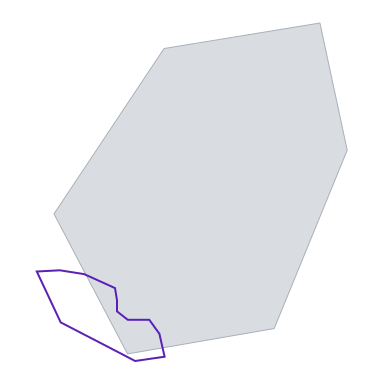 San Marino, with Chiesanuova highlighted
{"feature_id": "SMR-4891", "entity_name": "Chiesanuova", "entity_type": "state/province", "adm_level": 1, "iso_a3": "SMR", "parent_name": "San Marino", "parent_adm1": "", "projection": "orthographic", "projection_center": [12.421, 43.905], "detail": "fine", "context": "in_parent", "style": "outline", "palette": "violet", "viewbox_px": 384, "rotation_deg": 0, "n_neighbors": 0, "source": "natural_earth", "source_scale": "10m", "svg_char_len": 434}
<svg xmlns="http://www.w3.org/2000/svg" viewBox="0 0 384 384"><path d="M274.2,328.5L127.5,353.9L54.0,213.9L164.1,48.5L319.9,23.0L347.2,150.2L274.2,328.5Z" fill="#d9dde1" stroke="#a8b0b8" stroke-width="1"/><path d="M164.6,356.7L135.1,361.0L114.4,350.2L60.7,322.4L36.8,271.5L59.9,270.3L84.1,274.1L115.0,288.1L117.0,300.2L117.0,311.4L127.8,319.8L149.3,319.8L159.4,333.8L164.6,356.7Z" fill="none" stroke="#5b21b6" stroke-width="2"/></svg>